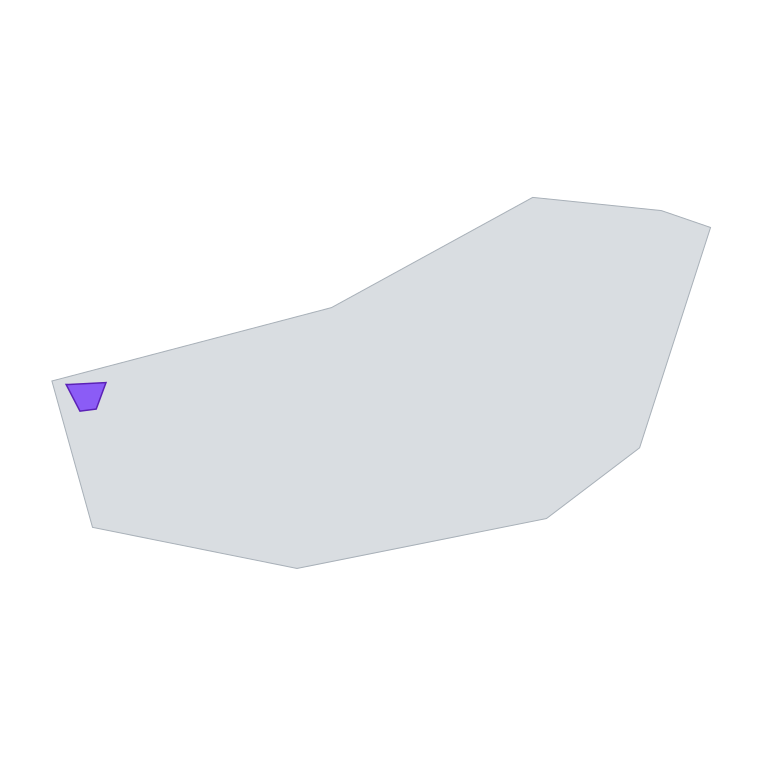 Saint Luke on a map of Dominica (Mercator projection), rotated 88°
{"feature_id": "DMA-1437", "entity_name": "Saint Luke", "entity_type": "Parish", "adm_level": 1, "iso_a3": "DMA", "parent_name": "Dominica", "parent_adm1": "", "projection": "mercator", "projection_center": [-61.367, 15.248], "detail": "fine", "context": "in_parent", "style": "filled", "palette": "violet", "viewbox_px": 768, "rotation_deg": 88, "n_neighbors": 0, "source": "natural_earth", "source_scale": "10m", "svg_char_len": 423}
<svg xmlns="http://www.w3.org/2000/svg" viewBox="0 0 768 768"><g transform="rotate(88 384 384)"><path d="M517.1,680.3L369.4,715.8L305.8,433.8L202.7,228.9L220.4,100.7L239.0,52.2L456.7,130.8L524.1,226.3L565.3,477.4L517.1,680.3Z" fill="#d9dde1" stroke="#a8b0b8" stroke-width="1"/><path d="M373.5,699.6L372.9,661.8L399.0,672.5L400.5,688.8L373.4,701.7L373.5,699.6Z" fill="#8b5cf6" stroke="#5b21b6" stroke-width="1.5"/></g></svg>